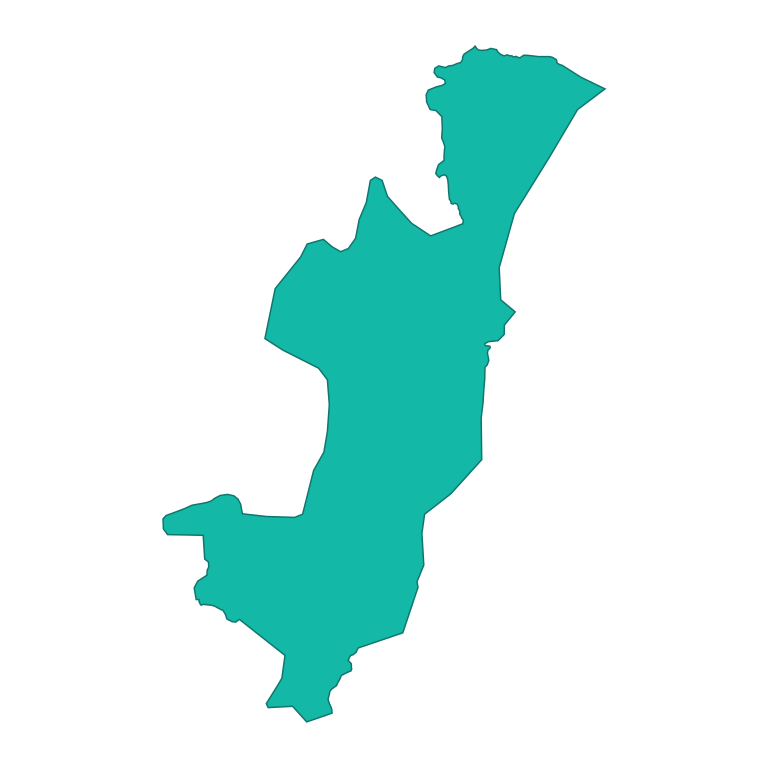 Mopti, Mopti, Mali (Natural Earth projection)
{"feature_id": "8926073B6997954969747", "entity_name": "Mopti", "entity_type": "district", "adm_level": 2, "iso_a3": "MLI", "parent_name": "Mali", "parent_adm1": "Mopti", "projection": "natural_earth1", "projection_center": [-4.123, 14.758], "detail": "fine", "context": "isolated", "style": "filled", "palette": "teal", "viewbox_px": 768, "rotation_deg": 0, "n_neighbors": 0, "source": "geoboundaries", "source_scale": "gbopen_adm2", "svg_char_len": 3298}
<svg xmlns="http://www.w3.org/2000/svg" viewBox="0 0 768 768"><path d="M515.2,311.9L500.7,299.8L499.2,267.6L514.4,213.6L549.1,157.7L577.6,109.5L605.0,88.9L581.0,77.3L562.1,65.3L559.7,64.6L557.2,63.2L556.4,59.7L552.5,57.4L549.7,56.6L538.5,56.6L527.2,55.3L523.6,55.3L520.1,57.7L518.5,57.6L516.1,56.4L513.5,57.0L512.0,55.9L509.3,55.7L507.2,54.8L504.1,55.9L500.5,54.3L498.0,52.1L496.5,49.6L494.0,49.1L490.8,48.4L486.7,50.0L481.5,50.4L478.2,49.9L476.2,47.8L475.1,46.1L473.1,48.3L467.9,51.6L464.1,54.1L462.7,56.6L462.4,60.0L460.7,62.5L456.7,63.7L452.8,65.4L448.5,66.0L445.4,67.6L438.8,65.9L434.8,68.4L434.1,72.5L437.4,77.0L440.8,77.8L444.7,79.9L445.4,83.4L442.1,85.4L436.5,86.8L428.3,90.1L426.2,94.7L426.6,101.8L430.1,109.5L436.0,110.6L441.8,116.6L442.3,128.3L441.7,137.9L443.5,142.3L444.9,147.0L444.5,149.3L444.0,156.2L444.0,156.7L444.1,157.8L444.0,160.4L442.1,161.9L438.6,164.6L438.2,165.6L437.2,168.2L435.7,173.4L437.6,175.9L438.9,177.1L439.4,177.5L440.1,176.8L441.1,175.8L444.3,174.8L446.6,176.2L447.7,179.5L448.3,184.4L448.6,191.3L449.4,199.3L450.1,200.2L450.6,200.8L450.8,201.8L451.2,203.5L453.1,204.1L454.4,203.3L454.5,203.2L457.0,204.0L458.3,206.4L458.4,208.9L459.6,210.5L459.8,214.3L460.7,215.7L461.2,216.4L461.6,218.0L463.2,219.6L463.1,222.3L462.9,222.8L462.4,223.8L462.5,223.9L430.6,235.9L411.6,223.3L399.6,210.1L387.5,196.4L382.1,180.4L375.4,177.1L370.4,180.4L366.3,202.5L359.2,219.5L355.6,238.2L348.4,248.5L340.6,251.7L332.1,246.8L323.4,239.4L315.3,241.7L307.2,244.0L300.7,256.9L275.2,288.6L264.9,338.6L283.2,350.3L318.6,368.2L327.4,379.8L329.3,404.8L327.4,431.6L323.9,452.1L313.6,470.5L302.6,514.2L294.6,517.4L266.3,516.5L242.4,513.8L240.6,504.1L237.9,499.0L233.8,495.8L227.6,494.4L220.1,495.5L215.1,498.1L211.1,501.0L206.4,502.6L201.7,503.5L196.0,504.5L192.1,505.2L183.1,509.2L166.2,515.5L163.0,518.9L163.4,528.9L167.6,534.6L203.2,535.3L204.7,559.0L208.5,562.1L208.7,567.1L207.2,570.2L206.9,575.2L197.7,581.2L194.2,587.9L196.2,599.6L199.0,599.5L199.0,601.3L200.2,604.1L201.2,605.2L201.5,605.0L202.5,604.6L203.2,604.4L211.4,605.2L215.0,606.3L218.0,608.0L218.6,608.4L219.3,608.5L220.0,609.0L220.8,609.6L222.8,610.1L225.4,614.4L226.0,616.1L226.3,617.1L227.0,619.1L231.1,621.1L231.7,621.5L231.9,621.7L234.9,622.0L235.0,622.0L235.4,622.1L236.0,621.9L237.3,620.9L239.4,619.4L285.0,655.4L281.9,678.2L278.1,684.7L266.3,703.6L268.2,707.6L292.6,706.3L299.9,714.4L306.7,721.9L329.5,714.0L332.1,713.1L331.6,708.6L330.5,705.9L329.5,704.0L329.1,702.4L328.2,700.4L328.2,698.5L329.3,694.4L329.8,691.6L330.6,690.4L330.9,689.8L333.2,688.0L336.6,685.5L337.9,682.3L338.7,681.2L340.4,677.9L340.9,676.4L341.5,675.4L345.9,673.1L347.4,672.4L350.6,671.0L351.0,670.9L351.3,669.6L351.8,668.9L351.4,668.1L351.4,667.2L351.3,663.8L350.4,662.7L349.7,662.0L348.0,660.4L348.6,659.7L348.8,659.0L349.3,657.8L350.6,655.5L352.0,655.0L353.4,654.6L353.8,654.1L355.7,652.7L356.4,651.9L357.0,650.1L358.3,647.9L402.8,632.8L418.0,587.3L417.0,581.7L423.8,565.1L421.9,533.4L424.6,514.2L445.2,498.2L450.9,493.7L469.9,472.7L481.7,459.7L481.2,417.9L483.0,402.9L483.7,391.5L484.7,379.5L485.0,367.3L487.2,364.9L488.8,360.4L487.4,352.9L488.1,349.8L489.7,348.6L490.2,347.1L489.8,346.1L485.6,345.8L484.8,344.7L485.0,343.5L488.8,341.6L498.0,340.7L504.2,334.4L504.4,325.0L515.2,311.9Z" fill="#14b8a6" stroke="#0f766e" stroke-width="1.5"/></svg>